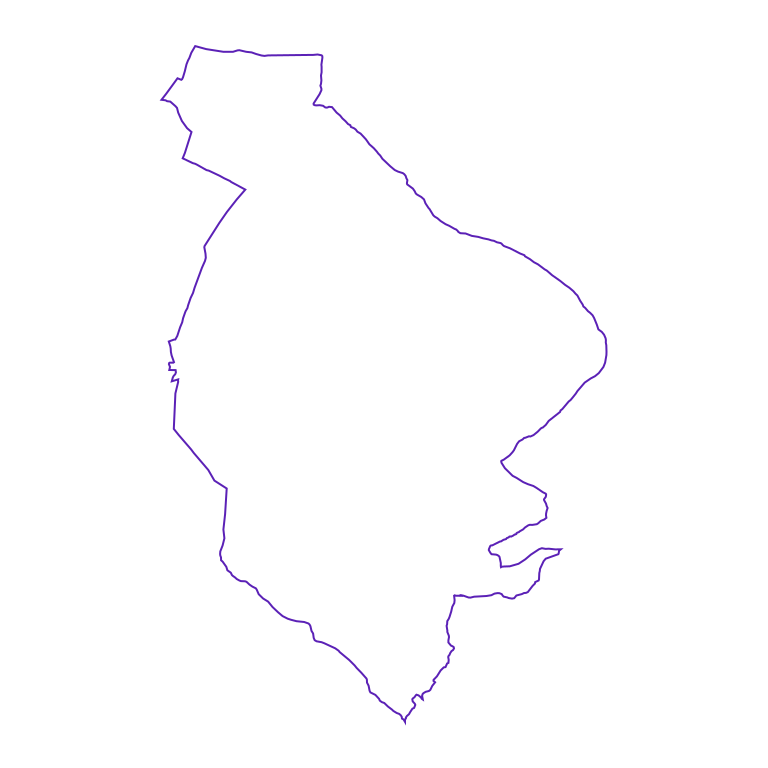 the district of Samsud, Salaj, Romania
{"feature_id": "2599482B8829364440504", "entity_name": "Samsud", "entity_type": "district", "adm_level": 2, "iso_a3": "ROU", "parent_name": "Romania", "parent_adm1": "Salaj", "projection": "natural_earth1", "projection_center": [22.948, 47.339], "detail": "fine", "context": "isolated", "style": "outline", "palette": "violet", "viewbox_px": 768, "rotation_deg": 0, "n_neighbors": 0, "source": "geoboundaries", "source_scale": "gbopen_adm2", "svg_char_len": 6089}
<svg xmlns="http://www.w3.org/2000/svg" viewBox="0 0 768 768"><path d="M460.4,595.8L459.9,595.4L460.7,595.1L463.5,595.7L468.6,597.5L470.5,597.6L474.1,596.7L486.5,596.0L491.4,595.2L494.5,593.6L497.5,593.1L499.4,593.2L501.7,594.1L502.6,595.5L503.6,596.6L507.5,597.5L508.5,598.0L512.0,598.6L514.2,598.2L516.4,595.5L521.8,594.1L524.1,593.0L525.9,592.9L527.8,592.1L532.6,585.9L534.9,583.6L535.2,582.1L538.6,580.5L539.0,579.5L539.3,573.0L539.8,571.0L540.0,568.9L543.6,561.2L545.7,558.7L558.3,554.2L558.6,553.7L559.1,550.7L560.8,549.3L555.2,549.4L548.7,548.7L545.6,548.9L541.9,548.2L539.1,549.2L530.9,554.6L525.2,559.4L518.5,563.8L509.8,566.3L504.1,566.5L502.0,566.7L501.0,567.2L500.8,566.0L500.8,563.0L499.5,556.9L499.0,556.2L497.5,555.1L496.0,554.6L491.5,554.2L490.3,552.7L488.8,550.1L488.9,549.2L490.2,546.1L491.1,545.4L492.2,545.4L500.0,541.5L501.0,541.4L503.5,539.8L506.0,539.1L506.8,538.1L508.6,537.4L509.4,536.6L510.2,536.4L511.1,536.6L513.0,535.7L514.7,534.5L515.6,534.4L516.3,534.0L516.4,533.4L517.2,532.7L518.9,532.1L519.6,531.4L523.1,529.4L525.0,527.5L528.3,525.3L529.8,524.8L532.3,524.9L536.8,524.2L538.2,523.3L540.8,520.9L544.3,519.5L546.4,517.8L546.0,515.3L546.1,513.5L546.7,510.7L547.6,508.0L546.7,506.1L546.0,503.6L544.1,500.2L544.0,499.3L545.8,496.8L546.1,495.1L546.1,494.2L545.6,493.6L542.8,492.2L536.7,488.0L533.4,486.0L528.0,484.2L523.2,482.1L516.6,477.9L512.6,475.8L504.9,468.2L501.5,462.8L501.2,461.3L501.4,460.8L503.7,459.7L509.6,455.4L512.5,452.2L513.9,450.3L517.1,443.9L519.1,441.3L522.5,439.5L524.2,437.9L525.2,437.8L529.0,436.3L530.4,436.5L533.5,435.1L537.7,431.7L540.7,428.6L541.6,427.9L542.7,427.6L545.8,424.9L548.7,420.9L560.1,411.9L560.5,410.5L562.3,409.1L568.7,401.5L570.6,400.0L572.7,397.5L575.8,393.6L577.4,391.1L584.7,382.6L590.8,378.4L595.0,376.2L598.8,373.1L603.4,367.0L605.1,362.7L606.4,355.1L606.5,351.8L606.3,345.2L605.8,342.6L605.9,340.1L605.6,338.3L604.1,334.8L601.9,332.0L598.4,329.4L596.8,324.6L594.1,318.0L592.6,315.3L590.1,312.8L588.0,311.2L585.1,307.8L583.4,306.5L582.7,304.6L580.2,300.8L577.4,295.5L575.5,293.7L573.4,291.2L569.3,287.7L565.0,284.8L560.2,280.9L552.1,275.2L546.7,270.5L544.7,269.4L537.9,264.3L533.9,262.2L530.0,259.2L525.0,256.3L524.4,255.2L520.1,253.5L510.0,248.3L504.1,246.1L502.9,245.2L501.4,243.5L500.3,243.0L497.0,242.3L493.9,240.8L491.5,240.4L488.5,239.4L483.1,238.3L478.3,236.9L471.9,235.9L465.6,233.5L460.4,233.2L458.3,231.9L457.6,230.8L456.0,229.4L454.6,228.9L449.2,225.8L445.6,224.2L440.6,221.0L437.4,218.2L434.7,216.6L433.3,215.3L429.5,209.0L428.6,208.1L425.5,203.4L424.0,199.4L421.3,197.0L417.1,194.6L415.8,193.5L414.7,191.2L412.9,188.6L407.2,184.4L406.9,183.2L407.4,180.1L406.4,178.3L405.7,176.0L404.3,174.2L402.8,173.1L398.0,171.6L394.7,170.0L390.3,166.3L382.4,158.8L380.2,155.5L378.3,153.6L376.9,151.7L373.8,148.2L369.4,144.3L365.9,139.3L360.6,133.6L357.4,131.7L355.8,129.6L354.1,128.3L350.9,126.9L350.3,125.2L348.1,124.1L345.5,121.2L342.4,118.4L340.1,115.5L336.6,112.6L332.0,107.1L329.0,106.8L327.4,107.5L326.3,107.6L325.2,107.4L323.1,105.8L322.1,105.6L319.8,105.2L316.1,105.4L314.4,105.1L313.7,104.6L313.6,103.5L319.6,94.1L321.4,90.2L321.4,88.7L320.4,85.7L321.0,83.8L321.4,80.4L321.0,75.5L321.6,72.3L321.6,66.9L321.4,64.7L322.4,57.7L322.3,56.1L321.6,55.3L317.6,54.5L313.4,54.9L268.1,55.4L264.5,55.9L261.5,55.5L256.1,54.0L251.6,52.4L246.2,51.8L239.3,50.2L237.5,50.4L233.0,51.8L223.4,51.8L206.2,49.1L195.2,46.1L191.3,52.8L189.4,57.9L188.0,60.5L186.5,64.3L184.8,71.3L183.0,77.3L182.1,79.2L181.3,79.8L177.5,78.3L166.4,93.5L161.5,99.8L165.6,100.3L167.1,101.2L170.3,101.6L175.5,106.2L177.0,107.9L178.2,112.6L181.9,121.0L187.1,128.2L191.5,132.0L184.9,152.9L182.7,158.3L192.7,163.1L195.2,163.8L197.0,164.7L206.5,170.1L208.7,170.6L219.7,175.8L224.2,178.3L230.0,181.0L231.2,182.0L245.3,189.6L236.8,199.4L226.9,212.0L219.4,222.8L204.6,246.0L204.3,247.2L205.5,253.7L205.8,257.8L205.0,260.9L201.9,267.9L194.6,287.7L193.0,293.0L190.6,298.0L188.1,305.3L187.4,308.1L185.6,311.2L185.1,312.5L183.1,318.2L182.2,322.3L180.1,327.3L177.3,335.9L175.3,339.5L174.0,339.6L168.8,341.5L170.3,346.2L170.7,348.5L170.9,352.0L171.6,355.4L174.0,362.2L173.3,362.7L169.7,362.7L169.2,363.0L168.9,364.1L170.0,366.9L169.3,370.0L175.6,370.1L175.9,372.4L175.2,374.3L173.8,375.7L172.8,377.5L171.8,381.3L178.2,379.4L178.0,380.6L178.2,381.8L175.4,393.4L173.8,428.9L178.6,434.9L191.1,449.4L193.8,453.0L208.3,470.0L214.4,480.6L226.7,488.5L225.1,514.1L223.4,529.5L224.4,538.3L222.6,545.5L220.3,551.4L220.1,554.0L220.3,555.5L221.0,557.4L221.1,560.3L222.6,561.6L226.3,566.8L227.4,570.3L230.8,572.7L231.9,575.0L232.7,575.8L235.1,577.5L236.7,579.0L239.4,580.5L240.9,581.1L245.1,581.3L246.5,581.8L249.5,584.6L252.4,586.6L255.8,588.3L256.7,589.6L258.7,594.2L263.1,598.5L268.1,601.6L272.6,607.1L278.1,612.3L282.6,616.1L287.7,618.7L291.1,619.8L296.5,621.2L304.2,622.0L308.5,623.5L309.6,624.6L310.4,626.1L311.5,630.9L313.1,633.5L313.7,637.9L314.7,640.2L316.6,641.3L321.6,642.2L324.4,643.3L335.2,648.3L338.6,650.7L339.7,652.1L349.2,660.0L354.6,665.4L356.7,668.0L361.3,672.7L366.5,678.6L366.9,679.8L367.0,682.6L368.6,685.7L369.6,690.8L370.4,692.4L375.4,694.9L379.1,698.9L379.8,700.6L381.8,702.1L384.3,703.0L387.9,706.5L392.0,709.6L393.3,710.9L396.7,713.0L399.2,713.9L400.8,715.3L401.7,716.7L402.0,718.6L403.6,719.5L405.0,721.9L405.0,719.6L405.9,718.4L405.9,717.5L406.9,716.0L409.0,714.2L410.1,712.2L412.4,708.7L414.1,707.9L415.3,704.9L414.8,703.7L412.7,701.4L412.3,699.2L413.0,698.3L414.4,697.3L415.9,695.2L416.5,694.7L418.6,695.4L420.9,697.4L421.9,698.9L422.8,699.5L422.1,695.8L422.6,694.1L423.4,693.2L425.7,691.8L428.9,691.0L430.3,689.9L432.3,685.8L435.1,682.3L433.5,680.9L433.6,679.8L436.9,676.4L440.6,670.5L443.7,667.4L445.5,667.1L447.1,663.5L448.4,662.9L448.7,659.9L448.2,657.0L448.7,655.7L449.5,654.9L450.2,653.1L451.5,651.1L453.1,650.0L454.0,648.4L453.7,647.1L452.6,646.3L451.0,645.6L448.4,642.5L448.4,640.3L449.0,637.1L448.8,635.6L447.3,631.9L447.4,630.9L446.6,625.8L447.1,624.3L447.3,621.1L448.7,618.9L449.5,617.0L451.2,611.6L452.3,606.7L454.3,603.0L454.6,600.1L454.1,595.7L454.7,595.3L455.7,595.7L460.4,595.8Z" fill="none" stroke="#5b21b6" stroke-width="2"/></svg>